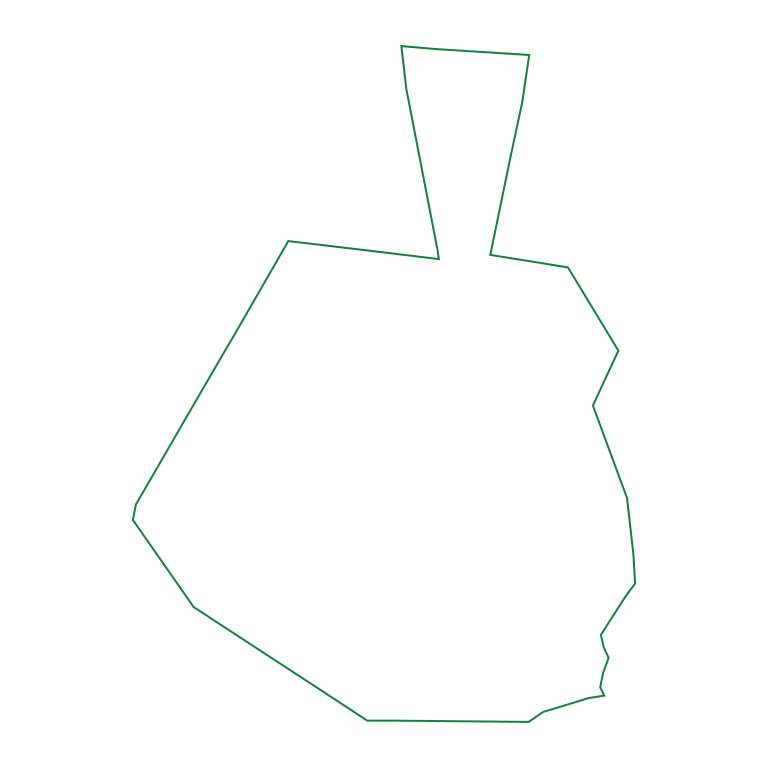 the district of São José do Piauí, Piauí, Brazil
{"feature_id": "56859067B64517443240530", "entity_name": "São José do Piauí", "entity_type": "district", "adm_level": 2, "iso_a3": "BRA", "parent_name": "Brazil", "parent_adm1": "Piauí", "projection": "natural_earth1", "projection_center": [-41.469, -6.79], "detail": "fine", "context": "isolated", "style": "outline", "palette": "green", "viewbox_px": 768, "rotation_deg": 0, "n_neighbors": 0, "source": "geoboundaries", "source_scale": "gbopen_adm2", "svg_char_len": 615}
<svg xmlns="http://www.w3.org/2000/svg" viewBox="0 0 768 768"><path d="M635.1,583.6L633.4,554.3L627.0,497.9L623.6,488.8L592.9,405.5L618.4,350.7L567.9,267.4L490.3,254.9L510.6,156.5L513.5,143.0L522.3,102.0L529.2,55.0L436.5,49.1L401.4,46.1L406.3,88.8L428.8,204.9L437.6,250.5L438.8,259.1L372.0,251.0L288.3,241.1L234.0,335.5L227.6,346.3L185.5,418.7L175.5,436.1L135.9,504.5L132.9,520.0L193.7,607.1L348.7,708.4L367.3,720.7L400.4,720.7L528.7,721.9L543.0,712.0L588.6,698.1L604.3,695.6L600.2,687.3L603.1,673.0L608.6,657.8L603.8,647.5L600.9,634.8L625.8,596.0L635.1,583.6Z" fill="none" stroke="#15803d" stroke-width="2"/></svg>